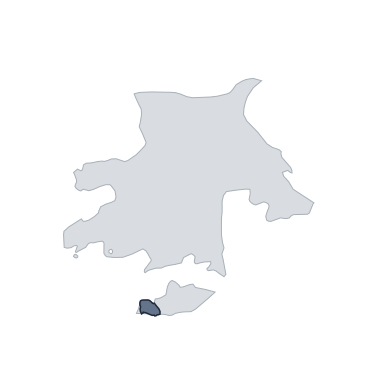 where Şərur sits in Azerbaijan, rotated 306°
{"feature_id": "AZE-2419", "entity_name": "Şərur", "entity_type": "District", "adm_level": 1, "iso_a3": "AZE", "parent_name": "Azerbaijan", "parent_adm1": "", "projection": "equal_earth", "projection_center": [44.997, 39.579], "detail": "fine", "context": "in_parent", "style": "filled", "palette": "slate", "viewbox_px": 384, "rotation_deg": 306, "n_neighbors": 0, "source": "natural_earth", "source_scale": "10m", "svg_char_len": 3774}
<svg xmlns="http://www.w3.org/2000/svg" viewBox="0 0 384 384"><g transform="rotate(306 192 192)"><path d="M254.9,297.0L253.6,296.9L244.0,299.3L241.9,298.5L233.5,287.6L231.7,286.4L228.1,285.9L226.0,284.1L224.3,281.2L223.3,279.0L214.6,273.1L213.3,271.0L213.1,269.1L214.4,267.4L215.8,265.9L219.9,264.5L224.8,263.2L226.3,262.3L227.1,260.7L227.0,258.2L226.2,255.8L219.1,251.3L218.3,249.3L218.1,247.0L218.4,244.5L219.5,242.6L225.2,239.9L228.2,237.2L226.2,234.1L220.0,227.2L212.6,219.6L207.7,219.5L202.2,221.8L193.3,228.3L188.3,231.1L181.9,235.7L174.9,240.8L169.2,246.2L165.6,250.7L159.2,252.7L156.0,256.5L145.3,267.8L142.3,267.7L142.1,262.1L142.2,257.6L141.5,255.0L138.0,251.5L137.9,250.0L138.8,249.1L141.5,249.6L145.0,249.4L146.6,248.0L142.9,243.4L139.6,240.3L136.8,238.2L136.2,237.0L136.2,236.1L136.7,235.0L141.5,232.5L141.9,230.2L141.6,227.5L134.0,223.7L128.4,225.1L123.4,220.8L120.1,217.5L116.1,213.9L112.5,211.9L109.0,207.4L103.0,202.8L99.2,201.5L99.2,200.8L99.9,199.9L101.5,199.2L112.2,199.4L113.5,198.6L114.1,196.6L115.6,193.7L117.3,189.4L117.1,185.7L106.4,179.9L98.6,174.5L93.2,167.4L89.5,161.0L89.7,158.8L90.7,156.7L99.0,150.8L99.5,149.2L99.4,148.2L96.4,145.1L92.7,142.0L91.5,139.7L89.2,138.5L84.7,138.5L76.9,134.6L75.3,134.2L74.9,133.5L75.3,132.7L80.8,131.1L80.8,129.9L79.1,128.2L75.9,126.9L73.1,123.9L72.1,121.1L82.1,113.1L85.0,111.5L91.6,112.9L105.2,118.3L104.3,121.2L105.7,122.9L108.8,125.2L114.8,127.5L119.9,128.6L122.5,127.6L126.4,126.8L131.5,129.4L136.2,132.8L138.6,134.1L139.8,134.6L143.4,133.4L147.6,129.1L149.2,123.9L149.7,121.4L147.2,117.9L142.0,114.1L136.3,110.8L132.5,107.9L130.2,102.2L127.8,101.6L127.2,100.8L126.8,98.9L126.9,96.1L127.7,94.0L130.0,93.1L132.3,92.8L134.4,90.8L137.0,86.9L138.2,84.7L143.2,85.9L143.8,89.5L144.7,90.2L146.8,89.8L150.2,88.3L153.0,89.4L156.5,93.6L161.5,98.1L164.1,101.0L165.2,103.1L167.7,105.1L171.4,107.4L174.3,111.1L177.0,119.6L179.7,121.6L189.1,124.9L192.4,125.5L201.7,126.7L205.0,125.9L209.6,118.5L213.8,110.9L217.8,109.3L225.0,105.7L229.2,102.2L231.0,98.5L234.9,91.5L237.4,87.5L241.7,91.0L249.2,100.5L260.1,116.1L262.8,120.5L264.6,125.6L266.1,131.8L268.7,137.2L279.7,151.1L284.4,156.2L292.1,162.8L294.9,164.3L298.4,164.7L304.9,164.7L311.0,167.3L314.0,169.1L317.1,171.8L319.9,174.8L322.9,182.9L312.4,180.3L301.9,180.7L296.0,182.4L290.3,184.8L284.9,188.2L281.6,194.8L279.0,210.0L275.0,224.3L275.3,230.9L277.3,237.2L277.2,240.3L275.2,241.5L272.9,244.2L269.8,257.4L268.3,260.0L266.2,261.7L265.6,260.1L265.7,256.7L261.0,253.6L258.6,257.0L257.1,264.3L253.8,271.9L253.7,273.4L254.9,297.0ZM97.8,162.3L98.2,160.3L96.9,159.4L95.5,159.3L94.3,160.3L94.3,162.9L96.0,163.3L97.8,162.3ZM63.4,221.7L61.8,219.5L61.1,218.4L65.8,217.4L73.5,214.6L75.6,216.0L77.8,218.8L79.0,221.3L79.2,225.8L80.1,226.6L83.8,225.1L85.5,226.9L88.4,229.1L93.5,231.3L100.7,227.9L104.3,227.0L107.2,227.1L108.8,228.1L109.4,231.7L108.9,236.1L108.0,238.5L109.5,240.2L115.5,244.4L118.0,246.8L116.8,250.9L121.3,260.8L122.8,264.7L124.6,269.5L115.5,267.6L99.1,263.6L94.6,261.5L90.3,256.0L87.8,253.3L84.0,249.8L81.0,248.5L78.6,246.1L77.3,242.6L75.4,239.4L72.0,235.7L64.4,223.0L63.4,221.7ZM73.1,137.2L72.1,137.9L70.5,137.2L70.1,135.6L70.2,134.0L71.7,133.6L73.0,134.1L73.3,135.6L73.1,137.2Z" fill="#d9dde1" stroke="#a8b0b8" stroke-width="1"/><path d="M73.6,214.3L75.2,215.1L75.5,215.5L78.6,219.6L79.1,220.6L79.3,221.7L79.2,223.2L78.8,225.4L79.0,226.3L79.9,226.9L78.9,230.2L78.0,233.9L76.5,236.4L74.4,237.9L72.7,236.8L72.6,236.5L72.5,236.3L72.3,236.0L71.9,235.9L71.4,235.9L71.2,235.9L70.0,235.0L69.8,234.6L70.2,233.8L69.2,232.9L68.6,231.7L67.2,225.7L66.7,224.4L65.7,223.7L65.9,223.5L66.0,223.2L64.9,223.2L63.9,223.0L63.7,222.9L65.0,220.5L67.0,218.6L68.8,218.0L69.8,216.7L69.8,216.4L70.1,216.2L71.8,214.9L73.6,214.3Z" fill="#64748b" stroke="#1e293b" stroke-width="1.5"/></g></svg>